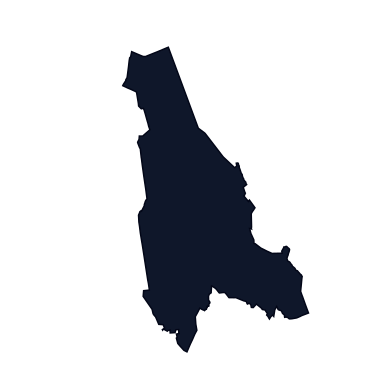 Balvu pag., Balvu, Latvia (Robinson projection), rotated 72°
{"feature_id": "27541924B22679886686853", "entity_name": "Balvu pag.", "entity_type": "district", "adm_level": 2, "iso_a3": "LVA", "parent_name": "Latvia", "parent_adm1": "Balvu", "projection": "robinson", "projection_center": [27.263, 57.093], "detail": "fine", "context": "isolated", "style": "filled", "palette": "ink", "viewbox_px": 384, "rotation_deg": 72, "n_neighbors": 0, "source": "geoboundaries", "source_scale": "gbopen_adm2", "svg_char_len": 5791}
<svg xmlns="http://www.w3.org/2000/svg" viewBox="0 0 384 384"><g transform="rotate(72 192 192)"><path d="M272.7,121.7L273.1,121.8L276.0,124.9L278.1,125.1L277.1,128.4L275.4,134.0L275.3,134.7L273.2,137.0L272.2,138.1L271.5,138.9L267.9,142.5L268.0,142.6L267.4,143.1L266.7,143.7L266.4,144.0L265.2,144.8L260.7,147.9L260.1,148.8L259.8,148.8L259.6,149.0L258.8,148.6L256.7,148.0L252.2,148.5L249.8,148.8L244.9,148.5L244.5,148.5L244.9,147.7L245.3,147.0L245.4,146.9L245.2,146.9L243.7,146.2L241.4,145.5L231.4,142.5L231.1,142.3L230.9,142.3L230.7,142.2L229.2,140.5L228.1,139.0L227.8,138.6L227.2,138.0L227.1,137.8L226.9,137.6L226.5,137.0L224.2,137.7L217.4,139.9L218.0,140.8L218.4,141.3L212.6,143.6L211.9,143.8L210.9,142.7L209.8,141.8L209.6,141.6L209.2,141.7L208.6,141.8L203.4,141.8L203.3,141.5L203.2,141.5L203.1,141.3L202.7,140.1L201.8,137.7L201.7,137.7L201.6,137.8L201.2,137.9L201.0,138.0L200.6,138.0L200.0,138.0L199.6,137.9L199.3,137.8L198.8,138.1L198.5,138.2L197.2,138.7L196.0,139.0L195.4,138.8L195.1,138.9L193.6,139.2L192.6,139.1L191.9,139.1L191.1,138.9L190.5,139.0L190.2,139.1L189.6,139.3L189.2,139.4L188.9,139.4L187.2,139.4L186.4,139.4L185.2,139.4L183.8,139.5L182.6,139.4L182.1,139.1L181.6,139.1L181.0,139.2L180.3,139.3L179.8,139.3L179.5,139.2L179.1,139.1L178.8,139.4L178.6,139.5L178.4,140.0L178.3,141.0L181.1,141.4L182.1,143.9L175.6,147.5L169.2,151.0L168.7,151.3L167.2,151.9L157.0,155.5L140.7,161.3L140.2,161.5L139.4,162.0L133.3,166.3L47.0,169.8L47.1,171.5L47.9,181.0L48.6,191.6L48.8,194.4L48.0,196.6L46.0,199.0L43.3,202.1L39.9,206.0L44.5,208.6L45.1,209.8L47.8,211.2L52.9,213.5L54.6,214.3L60.7,217.2L62.2,217.9L62.5,218.1L63.3,218.4L63.7,219.1L63.9,219.2L65.0,220.4L65.5,220.4L67.6,223.0L68.6,224.2L69.5,225.0L71.9,222.4L72.1,222.1L72.7,221.6L75.2,218.7L78.6,215.0L79.8,213.9L83.1,214.4L90.3,215.5L90.9,215.6L91.0,215.6L93.7,216.2L94.0,216.1L96.4,214.9L97.2,214.5L97.4,212.5L97.7,212.3L98.4,212.3L99.0,212.2L103.5,212.3L110.4,212.6L115.0,212.7L114.9,212.8L116.2,212.9L119.8,212.8L123.6,221.7L123.5,222.0L122.5,224.8L124.9,225.8L125.4,226.0L125.7,226.2L127.8,228.3L128.2,228.4L128.7,228.4L132.8,228.2L133.8,228.1L134.6,227.9L135.0,227.8L135.3,227.9L143.5,229.6L144.2,229.7L144.4,229.7L151.2,231.0L162.5,233.0L175.0,235.1L184.6,236.9L185.0,237.4L185.6,238.4L186.0,238.7L186.2,239.0L186.5,239.3L187.2,239.7L187.7,240.1L189.0,241.1L190.4,241.7L194.6,245.9L194.1,246.3L194.2,246.5L194.6,247.6L195.3,248.1L197.5,250.0L204.2,251.8L208.4,252.5L215.1,253.8L222.9,255.0L227.0,255.6L237.0,257.2L250.5,259.4L262.2,261.3L265.5,261.7L270.8,262.6L272.1,262.9L270.9,268.5L275.7,270.5L276.2,270.7L291.2,266.2L295.7,266.6L297.0,266.3L299.6,265.2L306.4,264.6L307.6,264.5L309.3,260.4L313.0,260.2L313.7,262.7L314.3,262.6L313.5,261.5L316.7,258.5L316.3,257.9L316.5,255.6L319.3,256.3L320.5,251.6L318.0,249.9L318.7,247.2L320.6,247.7L321.5,248.0L322.6,248.0L322.3,250.7L325.6,251.0L326.1,252.0L331.7,252.3L334.8,251.0L340.1,248.6L342.5,246.2L336.2,240.7L332.3,237.0L328.2,233.4L325.0,230.1L318.8,229.2L311.6,227.4L308.2,223.8L304.9,220.5L306.4,219.1L307.5,218.0L307.7,217.8L308.0,217.3L308.3,217.0L308.7,216.7L307.9,215.3L308.0,214.6L307.9,214.5L307.5,214.2L307.2,214.1L306.8,214.0L306.7,213.8L306.6,213.6L306.6,213.4L306.5,213.2L306.3,213.1L306.1,213.1L305.9,213.2L305.6,213.1L305.4,213.0L305.2,212.8L305.1,212.6L305.2,212.4L305.3,212.1L305.5,211.9L305.7,211.7L305.8,211.4L305.7,211.3L305.5,211.1L305.3,211.0L304.4,211.1L304.1,210.6L303.6,210.2L303.4,209.9L303.3,209.7L303.0,209.7L302.9,209.6L302.8,209.4L302.8,209.2L302.5,209.1L301.9,209.1L301.4,209.2L301.0,209.3L300.8,209.4L300.5,209.6L300.1,209.7L298.8,209.3L297.8,209.0L296.3,208.6L295.9,208.2L294.6,207.4L294.4,207.1L294.5,206.9L294.0,205.9L294.0,205.5L293.8,205.3L293.7,205.1L293.7,204.9L292.8,204.6L292.6,204.5L287.4,202.4L287.5,202.3L287.9,201.8L288.4,201.4L290.3,199.9L291.4,199.2L292.5,198.7L296.1,197.4L296.3,197.3L296.4,197.2L296.5,197.1L297.2,193.5L297.3,193.2L297.4,192.9L297.7,192.2L298.0,191.6L302.1,190.1L303.0,189.8L303.3,189.7L303.7,189.6L303.8,189.5L303.9,189.4L304.0,189.2L305.6,184.4L305.7,183.9L305.8,183.7L306.0,182.9L306.7,182.1L307.4,181.3L311.6,176.3L312.0,175.6L312.5,174.7L312.9,174.3L313.1,174.2L315.3,174.1L315.5,174.0L315.6,173.9L315.8,173.7L315.7,173.4L315.5,172.8L315.4,172.6L315.5,172.1L315.6,171.9L316.0,171.6L317.0,171.1L317.5,170.9L318.2,171.0L320.1,171.2L320.8,169.6L320.8,169.4L318.5,165.4L323.7,162.0L325.5,161.4L326.8,159.0L328.0,158.7L329.8,158.2L330.7,157.7L331.3,158.3L332.1,159.0L334.0,158.1L335.1,158.0L336.7,157.6L335.4,156.1L334.8,155.3L334.0,153.3L335.5,152.7L330.5,150.1L330.2,150.0L329.7,149.7L329.3,149.3L328.2,148.2L327.0,146.8L330.4,146.4L330.7,146.2L332.6,143.7L335.5,143.4L337.5,142.1L338.1,142.3L339.8,142.6L340.0,141.2L340.6,140.3L341.0,139.7L342.7,138.7L343.3,136.7L343.5,135.6L344.1,131.3L343.7,127.0L343.5,126.5L343.4,125.0L343.1,118.6L342.7,118.6L341.0,118.7L336.1,118.9L333.3,119.0L325.7,119.2L324.5,119.3L320.1,119.4L314.1,116.8L313.9,116.7L308.1,114.2L306.3,113.3L305.8,113.5L305.6,113.6L305.4,113.6L305.0,113.6L304.8,113.7L304.6,113.7L304.5,113.8L304.0,114.1L303.2,114.6L302.7,114.8L302.2,114.9L301.9,115.1L301.6,115.3L300.8,115.6L299.7,116.0L299.4,116.2L298.6,117.4L297.6,117.5L297.0,117.6L296.2,117.8L295.2,118.4L294.3,119.0L293.9,119.3L293.3,119.5L292.5,119.5L291.8,119.7L291.1,120.1L290.3,120.3L289.5,120.5L288.9,120.7L288.4,121.1L287.8,121.7L287.4,122.2L286.4,122.3L285.2,122.3L284.4,122.2L283.9,121.9L283.4,121.5L282.9,121.1L282.5,120.9L282.0,120.4L281.7,120.1L281.4,119.9L280.8,119.7L279.9,119.0L279.0,118.3L278.0,117.6L277.6,117.4L277.1,117.1L276.7,117.0L276.4,117.0L276.1,117.1L275.8,117.2L275.3,117.5L274.9,117.8L274.6,118.0L273.8,118.4L273.2,118.7L272.9,119.0L272.8,119.4L272.8,119.9L272.9,120.4L272.9,121.0L272.7,121.4L272.7,121.7Z" fill="#0f172a" stroke="#020617" stroke-width="1.5"/></g></svg>